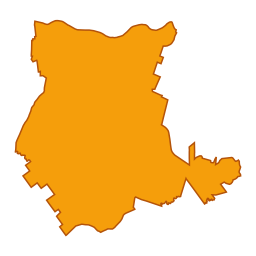 outline of Paulesti, Satu Mare, Romania
{"feature_id": "2599482B77186768988963", "entity_name": "Paulesti", "entity_type": "district", "adm_level": 2, "iso_a3": "ROU", "parent_name": "Romania", "parent_adm1": "Satu Mare", "projection": "orthographic", "projection_center": [22.964, 47.739], "detail": "fine", "context": "isolated", "style": "filled", "palette": "amber", "viewbox_px": 256, "rotation_deg": 0, "n_neighbors": 0, "source": "geoboundaries", "source_scale": "gbopen_adm2", "svg_char_len": 5725}
<svg xmlns="http://www.w3.org/2000/svg" viewBox="0 0 256 256"><path d="M176.2,29.8L175.3,29.4L174.3,28.1L173.6,26.6L172.2,22.6L171.9,22.1L171.4,21.9L170.9,21.9L169.9,22.0L168.7,22.6L168.1,23.0L166.7,24.0L166.0,24.9L164.9,25.9L162.9,27.4L162.1,27.9L159.2,29.2L158.2,29.6L156.7,30.2L155.8,30.3L153.1,29.9L152.3,29.8L150.8,29.3L149.3,28.2L148.7,27.6L148.3,26.9L147.2,25.8L146.4,25.2L145.5,24.8L144.6,24.7L142.8,24.6L142.2,24.4L141.1,24.5L139.0,24.8L133.8,26.2L132.7,26.6L132.0,27.0L131.1,27.6L127.1,31.8L122.8,35.5L120.5,36.3L117.8,37.0L117.3,37.3L114.4,37.7L112.7,37.4L110.8,37.5L109.8,37.4L108.5,37.0L107.4,36.5L105.8,35.9L102.7,33.8L100.5,32.7L99.3,32.3L93.6,30.7L89.4,30.1L85.7,30.1L77.6,29.8L76.3,29.4L75.0,28.9L69.6,25.8L68.5,25.2L67.7,25.0L67.3,24.6L64.4,22.6L62.7,21.6L61.4,21.2L58.5,20.7L57.3,20.6L55.5,20.7L54.6,21.0L52.5,21.9L50.9,22.7L49.3,23.7L48.4,24.2L47.5,24.4L46.3,24.3L44.9,23.9L42.8,23.0L34.9,21.2L34.5,24.9L34.6,25.5L34.8,26.2L35.9,36.4L34.7,36.6L34.8,38.8L32.8,38.9L32.7,40.5L31.8,40.5L31.6,49.6L31.4,53.2L31.3,54.3L31.3,56.1L32.4,56.2L31.3,59.3L33.0,61.8L36.7,60.3L37.0,61.1L37.4,63.8L38.4,72.0L39.2,72.0L40.3,71.5L40.3,75.8L42.8,75.7L43.3,75.9L46.3,78.0L45.7,81.0L44.4,87.7L44.3,89.7L44.4,90.6L44.3,91.0L43.8,92.2L43.6,92.6L41.6,94.2L39.5,96.1L36.8,99.8L35.9,100.8L34.8,102.2L34.3,103.7L34.2,104.4L34.0,104.8L31.8,107.4L31.2,109.3L30.9,110.8L29.1,115.3L28.7,116.6L27.7,118.6L26.7,120.5L25.1,122.5L24.2,124.1L23.3,125.6L19.7,134.3L18.5,136.9L16.9,140.5L16.1,142.7L15.8,149.1L15.4,151.9L15.7,152.0L17.0,151.3L17.3,151.4L17.6,151.7L17.8,152.0L17.4,152.8L17.4,153.3L17.7,153.5L18.2,153.7L18.7,153.7L19.3,153.4L20.1,153.2L20.3,153.3L20.5,154.4L20.7,154.7L21.2,155.2L21.6,155.4L21.9,155.5L22.5,155.1L22.8,155.1L23.5,155.3L23.9,155.2L24.9,155.4L25.1,155.5L25.1,155.8L24.9,156.7L24.8,157.1L24.7,157.4L24.8,158.2L25.1,158.7L25.4,159.0L26.1,159.0L26.5,160.2L26.6,160.6L26.7,160.9L26.9,161.1L27.4,161.1L27.8,160.9L28.3,160.1L28.5,159.9L29.6,160.1L30.6,161.6L25.6,165.3L29.7,171.0L23.0,175.9L31.2,187.3L37.2,182.9L41.2,188.3L47.0,184.1L52.7,191.9L54.6,194.5L46.6,200.2L49.3,204.0L55.0,211.7L58.3,209.4L60.5,212.3L57.5,215.3L56.6,216.3L62.5,224.5L59.7,226.8L64.2,233.1L65.9,235.4L66.6,234.9L75.8,226.0L81.8,224.2L85.3,224.7L87.8,224.8L88.7,224.9L91.4,225.9L93.3,226.8L94.4,227.4L96.2,229.4L97.5,230.7L97.8,230.9L98.9,231.2L100.7,232.3L103.7,230.8L106.3,229.7L107.5,229.0L107.8,228.9L112.4,229.0L112.8,228.8L114.7,227.4L115.7,226.2L120.2,221.5L121.7,219.3L122.0,218.7L123.4,215.2L124.4,214.1L126.1,213.1L134.8,209.3L134.5,208.6L133.3,207.3L134.8,197.8L135.6,197.0L141.5,199.6L146.3,201.0L161.7,206.2L161.7,205.8L161.1,204.7L160.8,203.9L161.0,203.4L161.2,203.2L161.7,203.2L161.8,203.4L161.9,203.8L162.3,204.1L163.0,203.6L164.0,203.5L164.4,203.3L164.9,202.9L165.2,202.4L165.6,202.0L165.9,201.4L166.1,201.3L166.3,201.5L166.5,201.8L166.7,202.0L166.8,203.5L166.9,203.8L167.4,204.3L167.8,204.4L168.2,204.4L168.4,204.1L168.5,203.3L168.7,202.9L169.1,202.9L169.8,203.4L170.3,203.5L170.6,203.3L171.2,202.2L171.5,202.0L171.8,202.0L172.2,202.1L172.8,202.0L173.0,201.6L173.2,201.4L174.0,200.8L174.0,200.4L173.7,200.0L173.6,199.6L173.7,198.6L173.8,198.3L174.1,198.0L174.9,198.5L175.7,198.6L176.1,198.4L176.7,197.5L176.6,196.6L176.8,196.6L177.1,196.9L177.4,197.0L177.8,196.9L178.2,196.4L178.6,196.4L178.9,196.4L179.1,196.6L179.4,196.7L180.3,196.6L180.6,196.5L180.9,195.1L182.4,190.2L186.0,178.5L186.2,178.9L188.4,181.8L192.8,187.8L204.6,204.0L205.0,203.7L204.9,203.6L205.0,203.0L205.2,202.9L205.8,202.9L206.3,203.1L206.7,202.9L206.3,202.6L206.3,202.3L206.5,201.8L207.0,201.5L207.1,201.3L207.0,201.0L206.6,200.5L206.7,200.3L206.8,200.0L207.0,200.2L207.3,199.5L207.2,199.3L207.3,198.9L207.5,198.4L208.2,198.4L208.5,198.6L208.7,198.9L208.7,200.0L208.8,200.3L209.1,200.7L209.3,200.8L209.5,200.5L209.8,199.9L210.1,199.8L210.2,200.3L210.4,200.4L210.6,200.2L210.9,199.7L211.6,199.2L211.8,199.3L211.8,199.5L211.6,200.0L212.0,200.1L212.3,200.4L213.5,199.8L214.2,199.8L214.3,199.1L214.7,198.5L214.7,198.4L212.1,194.8L215.9,195.0L226.4,192.1L226.3,191.9L220.6,184.2L224.2,182.1L226.0,183.3L229.4,184.3L230.1,184.1L231.2,183.5L231.6,182.9L232.2,182.3L232.7,181.2L232.9,180.7L233.1,179.8L234.5,179.4L235.1,179.1L236.4,178.3L237.3,177.4L237.8,176.6L239.4,176.3L240.2,175.9L240.6,175.9L240.6,174.9L240.3,174.1L239.5,173.0L239.2,172.5L239.1,171.6L239.2,171.1L240.1,168.7L240.3,167.9L240.6,167.1L240.5,166.7L239.8,165.6L239.6,165.0L239.5,164.4L239.3,163.0L239.3,161.5L239.2,161.2L238.5,160.3L238.4,160.1L237.4,160.7L235.9,161.3L235.7,161.3L234.9,160.7L232.9,158.1L232.5,157.8L231.8,157.5L221.9,158.6L219.8,160.5L219.2,161.9L219.0,162.2L218.2,163.1L215.6,164.6L216.3,157.0L215.1,158.9L213.8,162.2L213.5,162.6L213.1,162.7L212.3,162.7L211.1,162.5L210.9,162.3L210.7,162.0L210.6,160.6L210.4,160.5L202.3,158.2L202.3,157.7L202.2,157.1L201.9,156.7L201.6,156.2L201.2,155.9L200.8,155.9L199.7,155.9L199.2,156.1L197.0,157.1L196.2,157.5L194.5,159.1L194.5,153.5L194.6,152.6L194.4,142.7L189.2,147.0L189.4,150.3L189.3,151.7L189.3,158.3L189.4,161.5L189.4,165.0L174.9,155.2L173.8,154.1L172.6,152.6L172.0,151.7L171.7,151.0L171.3,149.9L171.0,148.2L170.6,145.4L169.8,139.0L168.8,133.0L168.4,131.4L168.1,130.7L167.1,129.2L166.0,128.0L165.4,127.4L161.5,124.8L161.7,124.6L162.2,122.5L163.4,117.5L163.6,116.7L167.8,99.9L161.5,96.9L161.8,96.1L162.1,95.5L160.6,95.1L152.6,91.5L152.4,91.3L152.3,90.9L152.4,89.8L152.3,89.6L152.2,89.5L152.2,89.3L154.9,89.2L155.0,88.7L160.2,76.9L159.4,76.6L153.4,74.0L157.3,62.2L161.0,63.7L163.3,57.4L159.8,56.0L160.0,55.3L160.8,53.3L163.2,46.1L165.6,46.1L167.1,45.9L167.6,45.7L169.8,44.7L170.7,44.2L171.8,43.1L172.1,42.7L174.0,39.7L174.3,38.2L174.9,36.0L176.6,32.8L175.7,31.9L176.2,29.8Z" fill="#f59e0b" stroke="#b45309" stroke-width="1.5"/></svg>